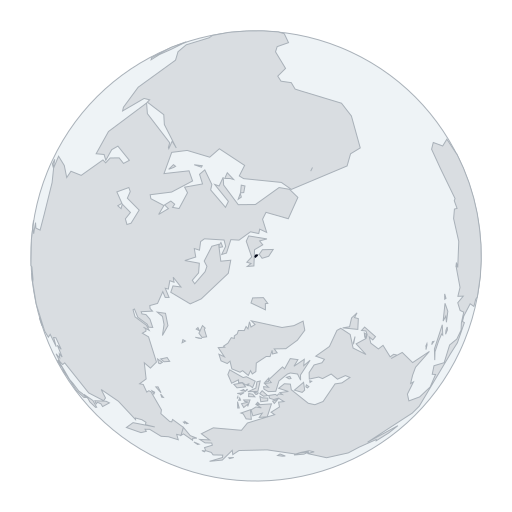 globe centered on South Ayrshire, rotated 205°
{"feature_id": "GBR-2009", "entity_name": "South Ayrshire", "entity_type": "Unitary District", "adm_level": 1, "iso_a3": "GBR", "parent_name": "United Kingdom", "parent_adm1": "", "projection": "orthographic", "projection_center": [-4.694, 55.293], "detail": "fine", "context": "on_globe", "style": "filled", "palette": "ink", "viewbox_px": 512, "rotation_deg": 205, "n_neighbors": 0, "source": "natural_earth", "source_scale": "10m", "svg_char_len": 10700}
<svg xmlns="http://www.w3.org/2000/svg" viewBox="0 0 512 512"><g transform="rotate(205 256 256)"><circle cx="256" cy="256" r="225" fill="#eef3f6" stroke="#a8b0b8"/><path d="M44.0,332.2L38.1,312.5L38.6,309.6L37.2,302.4L41.7,303.2L42.3,289.5L41.2,283.9L39.0,283.7L36.8,262.5L38.5,249.1L44.6,188.8L48.0,179.6L52.3,172.8L76.2,134.4L55.7,162.2L60.9,151.8L69.0,139.3L69.5,140.5L81.7,126.4L89.2,116.5L106.8,103.0L125.9,98.7L120.5,103.1L125.7,101.9L132.9,96.5L136.3,93.3L164.0,85.0L189.2,72.5L193.1,66.2L195.4,69.8L200.3,56.8L211.3,50.3L201.2,59.2L202.0,61.5L210.8,57.6L213.5,59.1L219.3,58.3L221.7,60.6L215.6,66.1L217.1,67.8L223.2,65.1L229.5,66.0L220.3,69.7L230.4,71.8L222.1,82.2L195.5,91.9L193.2,101.0L172.0,120.1L176.3,120.8L170.9,129.1L173.8,133.1L169.1,135.9L175.5,136.7L179.3,133.4L183.4,132.8L185.5,135.0L179.8,138.8L177.9,138.3L177.3,140.5L173.6,141.6L176.6,142.3L169.4,146.9L179.5,145.7L176.3,152.2L170.7,154.4L167.5,149.7L146.4,144.6L139.8,146.1L133.7,152.5L130.3,173.5L124.5,177.3L119.5,185.6L124.4,185.4L130.1,178.8L138.0,180.8L143.9,173.0L148.0,172.8L155.7,167.0L158.6,172.8L157.3,181.8L151.1,187.1L150.3,191.3L159.5,190.5L151.2,205.0L151.2,222.8L148.6,226.3L137.5,224.7L129.1,213.6L114.7,213.2L128.1,218.7L121.4,227.8L122.0,231.7L124.7,234.5L128.9,233.1L127.5,237.5L113.6,233.4L114.7,229.3L119.1,230.5L115.1,225.5L105.8,223.5L103.1,228.7L91.8,221.3L89.7,225.1L86.1,225.8L90.2,220.2L82.7,230.4L69.0,225.6L58.5,242.8L64.4,222.6L63.7,214.1L62.0,205.8L60.1,208.4L60.4,194.8L56.2,189.3L48.1,197.5L42.8,210.9L43.2,224.5L46.3,223.3L48.3,231.8L40.4,238.8L42.9,257.2L38.9,265.6L38.8,275.5L41.6,282.2L44.0,292.9L48.0,292.9L53.4,298.9L51.2,307.2L56.0,304.8L57.8,313.7L70.0,330.8L68.5,331.3L78.4,354.9L92.7,373.4L96.0,382.4L93.9,384.1L99.7,389.9L99.9,392.2L126.0,413.4L142.0,427.0L143.3,433.8L133.3,434.6L132.4,442.5L116.7,432.9L117.4,433.6L105.2,423.4L93.8,412.4L83.2,400.6L73.5,388.1L64.7,374.9L56.8,361.2L49.9,346.9L44.0,332.2ZM55.0,247.1L58.1,272.4L53.3,263.2L54.8,263.8L54.6,256.2L53.3,244.8L50.0,237.2L55.0,247.1ZM63.2,246.7L62.4,243.0L63.6,246.0L63.2,246.7ZM137.4,91.7L132.7,96.3L125.2,100.8L128.8,96.7L137.4,91.7ZM152.1,84.3L150.6,86.7L144.9,87.1L147.5,85.7L152.1,84.3ZM195.4,61.6L191.0,64.0L194.3,61.2L195.4,61.6ZM219.6,57.8L220.0,56.7L222.8,56.8L219.6,57.8ZM153.6,164.2L154.6,165.6L152.6,166.0L153.6,164.2ZM155.9,160.5L152.9,160.0L153.6,158.2L155.5,158.5L155.9,160.5ZM229.2,60.5L233.7,61.2L228.1,61.4L229.2,60.5ZM159.5,161.6L155.2,155.0L156.5,151.9L164.5,150.7L159.5,161.6ZM235.6,62.2L246.5,64.1L248.2,61.7L249.4,70.0L239.7,65.4L232.6,65.9L236.3,64.1L235.6,62.2ZM179.6,131.5L175.7,135.1L177.1,130.1L179.6,131.5ZM179.5,128.5L177.9,115.0L184.8,111.1L183.9,116.2L191.3,109.8L195.4,114.5L192.3,119.1L187.0,120.6L192.6,121.3L179.5,128.5ZM248.3,74.5L250.0,75.9L247.0,75.5L248.3,74.5ZM185.2,132.2L184.2,129.7L190.1,126.0L193.1,130.4L190.2,130.2L185.2,132.2ZM191.2,106.0L196.1,104.2L200.8,107.5L203.3,107.3L196.1,114.3L191.2,106.0ZM189.9,132.1L194.4,132.8L193.5,136.5L186.5,134.4L189.9,132.1ZM190.4,123.3L193.3,121.9L192.7,124.1L190.4,123.3ZM192.9,150.7L191.6,147.6L194.6,145.3L192.9,150.7ZM196.1,132.8L196.4,131.5L197.5,130.4L200.2,131.6L196.1,132.8ZM199.9,116.2L200.9,118.1L203.1,113.5L206.7,116.0L201.3,120.3L205.1,119.5L206.3,120.3L200.6,123.0L199.9,116.2ZM206.0,129.5L200.3,136.2L202.0,142.4L199.4,144.5L197.1,134.1L206.0,129.5ZM203.3,125.4L204.4,128.3L200.6,129.3L197.5,127.9L203.3,125.4ZM211.2,116.2L207.0,111.2L208.3,110.5L211.2,116.2ZM207.2,131.1L208.5,129.4L207.8,131.4L207.2,131.1ZM210.8,120.5L209.1,118.8L210.7,117.9L210.8,120.5ZM212.6,127.7L210.8,129.8L208.6,128.8L212.6,127.7ZM212.4,124.2L214.9,123.5L209.0,127.2L211.4,123.6L212.4,124.2ZM212.5,120.0L212.9,118.9L213.0,120.8L212.5,120.0ZM221.8,130.3L214.8,135.2L210.1,133.0L217.5,128.5L221.8,130.3ZM466.6,176.1L467.9,180.3L471.6,190.8L472.7,194.3L470.7,188.3L466.9,182.2L469.9,193.1L467.3,188.3L462.6,188.2L465.5,204.0L471.8,236.3L476.6,250.2L477.1,263.0L468.0,257.0L460.7,247.1L459.5,254.6L448.5,255.2L435.3,278.4L431.6,276.9L429.6,283.2L421.5,287.1L415.2,283.9L411.2,289.2L427.6,297.2L431.7,291.4L432.6,279.3L436.6,283.8L444.1,281.1L442.3,306.5L419.8,348.4L414.6,339.1L382.0,322.1L381.3,317.4L381.0,317.0L380.4,316.4L380.5,324.7L373.9,320.2L394.6,336.4L399.3,345.1L419.5,349.5L418.4,352.6L424.0,351.5L438.2,331.1L439.0,334.8L434.1,359.2L411.7,399.5L413.0,408.2L408.5,417.9L390.8,433.9L388.6,437.6L378.9,444.5L375.8,446.8L373.0,448.5L359.2,456.2L344.9,463.0L330.1,468.7L330.7,468.5L324.3,469.4L316.7,463.1L325.3,454.7L324.6,449.3L308.5,438.5L312.3,428.2L307.2,425.0L297.3,428.0L291.1,423.8L284.8,424.6L243.1,430.6L228.7,423.2L207.2,398.0L213.5,388.6L211.5,376.1L252.1,331.3L264.1,333.4L299.9,320.9L305.0,321.5L304.6,333.3L334.5,337.7L339.7,326.0L363.0,322.6L376.2,314.3L374.2,291.8L352.7,304.9L345.2,297.2L359.5,278.3L377.8,266.8L375.5,263.5L360.8,262.8L361.8,252.5L355.4,261.9L360.4,263.7L356.4,269.8L351.6,268.6L352.2,264.8L345.8,266.5L344.8,284.4L349.8,288.2L334.9,298.7L341.7,306.2L338.8,312.4L326.2,302.1L325.0,296.7L304.2,287.2L304.1,293.8L323.7,303.4L319.0,303.9L319.0,313.5L315.3,306.6L293.8,295.0L278.3,302.4L264.0,327.8L253.8,330.6L242.8,326.8L242.5,303.4L265.4,299.8L265.6,292.1L256.3,281.9L264.0,281.9L263.0,277.5L271.2,275.6L278.1,263.2L285.7,260.2L284.0,246.2L287.7,242.9L287.6,252.0L291.7,257.0L310.0,249.8L312.3,245.7L309.7,237.4L315.1,236.7L310.2,229.6L318.6,221.8L304.3,225.5L300.9,216.4L303.5,207.1L299.8,204.9L295.5,220.3L296.1,225.9L300.8,229.5L300.1,246.2L294.8,250.8L285.7,236.4L277.1,241.5L273.8,228.6L287.5,194.0L295.4,184.8L317.9,187.1L318.6,193.8L310.9,196.2L322.1,201.8L319.2,197.6L323.7,197.2L321.5,189.0L324.6,188.4L317.3,181.7L320.8,180.1L325.4,184.3L325.2,171.4L331.3,166.2L329.8,163.6L326.5,162.3L336.5,157.0L334.9,155.3L331.0,156.4L325.4,153.9L319.4,147.6L323.2,146.1L325.8,148.2L337.2,150.5L343.8,156.6L344.7,155.3L339.9,149.7L326.1,146.9L321.4,143.5L327.9,143.9L325.1,143.5L324.0,141.4L326.4,138.0L319.2,137.3L301.4,117.8L304.3,109.8L312.1,112.0L303.6,98.1L307.5,91.0L303.9,91.9L297.5,86.5L296.2,88.6L293.9,88.6L276.7,76.6L275.6,72.9L264.2,69.5L262.3,70.1L262.5,72.6L249.4,70.0L248.2,61.7L252.5,60.8L248.8,56.6L259.0,55.2L265.8,52.5L279.1,54.0L283.3,52.1L281.3,50.7L285.6,47.3L301.0,45.8L297.0,53.0L275.5,58.3L285.0,56.4L285.4,58.8L290.3,59.4L296.8,58.2L296.0,56.8L319.3,66.2L339.9,69.6L332.4,63.7L333.0,60.5L349.8,61.2L384.2,78.3L385.4,75.9L389.1,77.4L395.9,82.9L390.8,80.7L393.0,84.3L389.0,82.5L398.3,91.2L393.1,89.1L402.8,97.3L405.0,96.6L398.7,89.4L409.4,98.0L409.9,94.7L415.8,98.6L434.8,119.5L445.4,135.0L447.2,137.6L448.3,140.7L454.5,151.4L456.0,152.3L466.6,176.1ZM242.3,356.0L242.2,360.1L242.3,356.0ZM400.2,264.3L409.2,255.3L399.8,247.1L402.5,243.1L398.3,241.9L399.1,246.5L388.2,242.4L390.1,234.5L386.3,230.0L383.1,232.9L381.3,248.2L397.0,254.0L397.2,261.3L400.2,264.3ZM70.4,331.2L71.6,334.8L69.4,332.1L70.4,331.2ZM51.1,265.2L52.5,269.2L52.7,272.5L51.3,270.0L51.1,265.2ZM66.7,296.6L69.0,301.4L65.9,297.9L66.7,296.6ZM58.9,276.1L64.7,293.0L58.8,287.0L55.4,276.4L58.6,281.7L58.9,276.1ZM59.3,249.9L59.9,252.9L58.7,253.8L59.3,249.9ZM64.1,248.9L63.6,248.1L64.0,245.6L64.1,248.9ZM122.2,228.0L123.2,228.5L125.3,232.0L122.9,231.6L122.2,228.0ZM143.2,240.2L140.4,247.2L140.7,241.8L136.8,242.5L132.7,232.5L147.1,227.5L141.3,231.4L143.2,240.2ZM131.1,218.3L132.2,224.9L130.5,217.9L131.1,218.3ZM249.5,256.5L253.8,258.9L252.8,264.4L243.2,269.2L244.4,261.1L249.5,256.5ZM260.0,261.1L253.7,246.1L259.5,242.8L257.3,247.1L261.7,246.5L259.5,253.3L271.1,265.3L271.1,271.1L253.3,276.1L259.1,271.2L254.6,269.0L260.0,261.1ZM227.4,216.8L224.7,211.2L240.7,211.3L241.3,216.6L231.7,221.4L225.3,218.0L227.4,216.8ZM174.5,161.2L172.5,159.8L174.1,158.6L177.1,158.9L174.5,161.2ZM192.1,149.4L185.1,166.7L182.4,165.8L181.6,177.5L174.2,179.8L175.0,172.1L168.6,182.8L166.4,176.8L162.9,184.4L165.4,167.0L163.1,162.3L168.5,166.6L175.4,164.5L177.7,162.2L182.4,152.4L180.9,141.7L187.5,138.3L192.5,138.7L193.9,140.8L189.2,142.3L194.4,144.0L188.7,147.7L192.1,149.4ZM248.1,151.3L242.0,151.3L251.5,157.0L245.8,160.1L247.3,160.6L244.6,165.1L243.9,171.5L240.8,172.2L241.9,174.4L240.1,177.6L240.5,181.0L235.1,183.5L235.2,187.9L232.5,186.6L234.1,193.6L230.5,189.5L227.9,193.5L232.8,195.3L202.2,202.2L192.2,208.9L185.8,216.9L180.4,209.3L182.9,197.2L189.8,184.6L200.2,179.5L195.9,177.2L199.6,174.2L201.5,177.3L200.8,170.8L204.3,169.2L210.5,159.1L207.3,151.2L209.5,147.5L212.5,149.8L212.5,144.5L219.7,146.4L221.4,143.9L230.2,143.5L235.1,149.7L236.6,146.4L243.4,146.2L248.1,151.3ZM224.3,130.4L231.4,136.7L231.7,141.7L216.3,140.4L213.7,142.5L203.8,142.2L203.5,135.2L206.4,135.9L209.1,134.9L208.1,137.5L210.9,134.7L214.9,135.6L218.2,133.8L219.6,136.3L224.3,130.4ZM308.6,315.9L312.1,315.3L317.1,313.1L317.2,319.3L308.6,315.9ZM293.9,308.3L296.7,306.7L299.3,314.0L295.6,314.8L293.9,308.3ZM296.1,299.9L296.7,306.1L294.2,303.2L296.1,299.9ZM290.1,250.2L292.9,248.2L294.0,250.0L293.5,253.4L290.1,250.2ZM275.1,170.3L271.6,169.2L271.9,167.8L266.6,161.9L270.4,159.4L275.1,161.9L275.1,170.3ZM371.8,297.7L369.4,303.9L366.8,303.3L368.2,301.3L371.8,297.7ZM343.0,313.4L350.6,312.6L342.9,315.1L343.0,313.4ZM278.4,166.6L275.7,164.4L279.3,164.5L278.4,166.6ZM272.9,157.3L276.7,156.7L270.2,158.4L272.9,157.3ZM409.7,420.7L411.0,419.1L419.6,408.2L428.7,397.7L434.0,389.5L434.4,391.7L420.9,409.5L409.7,420.7ZM477.1,250.5L479.4,253.3L479.2,258.6L477.1,250.5ZM449.4,140.7L452.1,145.7L451.2,144.3L447.0,137.1L449.4,140.7ZM420.4,102.3L424.3,106.3L426.2,108.4L425.6,107.9L420.4,102.3ZM307.2,144.4L310.4,155.1L315.2,161.7L321.8,163.4L313.8,165.8L306.4,155.7L307.2,144.4ZM301.7,121.1L295.9,120.1L297.4,117.8L299.0,117.7L301.7,121.1ZM298.9,122.4L293.6,126.4L289.7,124.0L294.6,121.3L298.9,122.4ZM286.3,146.1L286.9,149.3L284.0,149.1L286.3,146.1ZM383.6,71.4L381.8,70.8L377.5,67.7L379.9,69.0L383.6,71.4ZM361.8,58.2L375.8,66.8L386.7,74.5L385.4,73.0L391.6,76.9L391.2,77.9L380.5,70.7L372.9,65.4L367.8,63.1L359.7,58.8L355.2,57.9L350.4,55.9L352.2,55.1L361.8,58.2ZM353.5,57.9L342.7,56.1L336.5,51.6L337.4,51.0L345.0,53.6L347.9,55.8L353.5,57.9ZM338.3,54.5L340.9,56.7L330.5,61.0L326.8,60.9L331.4,54.7L334.1,56.5L337.8,56.4L338.3,54.5ZM251.6,74.8L250.2,75.8L249.9,74.2L251.6,74.8ZM293.4,89.9L290.3,89.7L290.2,87.7L293.4,89.9ZM281.8,88.2L284.1,90.6L280.1,88.7L281.8,88.2ZM289.5,96.0L284.3,91.9L291.5,95.0L289.5,96.0Z" fill="#d9dde1" stroke="#a8b0b8" stroke-width="1"/><path d="M255.2,257.2L255.2,256.9L255.3,256.8L255.3,256.7L255.6,256.3L255.6,256.2L255.7,255.9L255.8,255.8L255.8,255.7L256.1,255.4L256.2,255.2L256.1,254.9L256.3,254.9L256.5,255.0L256.5,255.3L256.5,255.5L256.4,255.6L256.3,255.8L256.5,255.9L256.5,256.0L256.6,256.3L256.5,256.5L256.3,256.5L256.2,256.6L256.1,256.8L256.0,257.0L255.8,257.0L255.6,257.0L255.4,257.1L255.2,257.2Z" fill="#0f172a" stroke="#020617" stroke-width="1.5"/></g></svg>